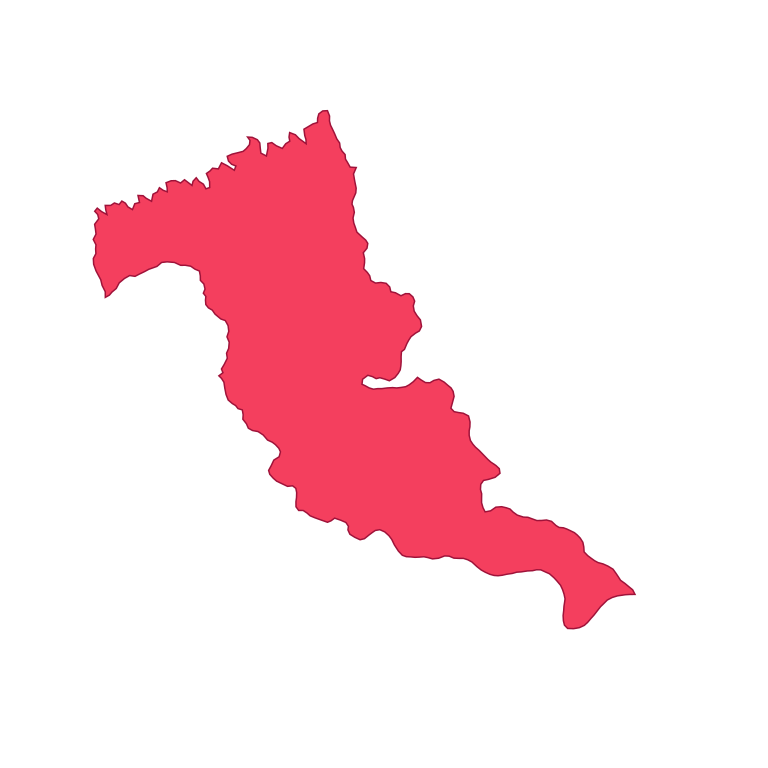 the district of Paineiras, Minas Gerais, Brazil, rotated 46°
{"feature_id": "56859067B75073626302376", "entity_name": "Paineiras", "entity_type": "district", "adm_level": 2, "iso_a3": "BRA", "parent_name": "Brazil", "parent_adm1": "Minas Gerais", "projection": "orthographic", "projection_center": [-45.479, -18.904], "detail": "fine", "context": "isolated", "style": "filled", "palette": "rose", "viewbox_px": 768, "rotation_deg": 46, "n_neighbors": 0, "source": "geoboundaries", "source_scale": "gbopen_adm2", "svg_char_len": 5397}
<svg xmlns="http://www.w3.org/2000/svg" viewBox="0 0 768 768"><g transform="rotate(46 384 384)"><path d="M709.7,349.6L704.8,348.1L700.6,348.6L695.1,349.2L689.5,350.2L686.0,349.5L681.7,348.7L676.3,347.9L670.6,349.4L665.6,351.4L661.1,354.1L657.3,355.3L652.8,356.1L649.0,356.7L643.8,356.7L639.9,353.4L636.0,350.9L631.2,349.9L626.9,349.9L623.2,350.3L619.1,351.8L615.4,353.2L612.1,354.8L608.8,357.7L605.3,358.6L599.2,358.9L594.7,361.6L591.6,365.5L588.4,368.9L584.1,371.0L579.8,373.1L576.7,376.1L570.9,379.2L565.9,380.1L561.5,380.2L558.0,382.0L554.0,384.6L550.3,389.1L549.3,395.4L546.2,400.1L541.7,398.7L537.2,396.3L534.1,393.3L530.8,390.0L526.9,387.9L523.4,384.1L522.5,379.4L525.2,375.1L528.3,368.9L528.8,362.6L525.0,359.9L520.4,360.1L514.4,361.4L510.4,361.7L506.7,361.7L503.0,361.7L498.0,361.7L492.9,362.1L489.0,361.9L484.7,361.1L480.1,358.4L476.8,355.2L474.5,352.0L471.1,348.5L465.7,345.4L460.1,347.3L456.2,350.3L452.6,352.8L447.9,352.7L445.3,348.3L441.6,342.2L437.3,339.4L433.4,338.5L429.3,339.0L424.5,339.4L418.7,341.1L416.1,345.6L415.0,350.1L411.8,353.2L406.8,354.5L402.5,355.3L402.7,361.3L402.1,366.4L401.0,370.3L398.5,373.9L395.7,377.6L392.6,380.3L389.1,384.4L385.8,388.8L382.9,391.8L380.4,395.2L376.5,397.4L372.3,398.7L368.9,400.0L365.7,396.1L366.5,389.6L370.6,387.2L374.7,385.9L376.6,382.6L381.3,379.9L385.4,377.9L386.9,371.7L386.2,366.3L385.1,362.5L382.6,359.2L379.8,356.1L376.3,352.8L372.9,349.0L373.3,345.2L370.8,339.4L369.6,335.6L368.7,331.7L369.3,326.1L370.4,321.7L368.7,317.0L363.2,313.3L357.8,312.8L352.6,311.7L348.2,308.7L345.7,304.4L341.4,302.7L336.6,303.1L333.9,305.8L332.3,310.5L326.3,312.4L322.4,315.0L318.2,312.5L313.1,312.5L308.8,315.7L305.5,320.0L300.4,321.6L296.2,319.1L292.2,318.5L286.9,318.5L283.3,313.8L280.4,310.9L275.2,307.7L274.5,301.9L271.6,298.0L267.8,297.2L263.1,297.6L255.9,298.0L251.6,295.9L247.2,293.9L243.1,291.0L239.9,286.1L235.7,283.3L232.4,282.1L230.2,279.3L228.5,275.3L226.9,271.5L223.8,268.0L217.7,264.1L211.7,260.0L209.0,253.6L204.5,257.7L199.1,256.3L195.5,255.5L191.9,252.6L187.3,252.4L183.5,251.3L179.8,248.5L174.9,247.7L169.5,245.6L164.2,243.8L160.7,242.7L156.9,240.5L153.4,237.0L148.1,234.8L145.0,238.4L144.4,243.2L146.7,247.1L149.7,250.2L147.5,254.5L146.2,260.0L145.1,264.6L150.2,268.4L153.9,270.3L157.1,273.1L148.5,274.6L143.2,274.6L137.6,277.2L140.4,280.8L143.9,283.1L142.9,287.8L143.9,293.5L137.8,296.0L132.4,297.0L130.3,300.5L133.8,303.7L138.3,310.2L132.4,312.2L128.3,309.1L124.3,305.9L120.3,305.4L115.1,307.4L111.6,310.6L115.7,311.2L118.4,314.5L119.0,319.5L118.8,323.7L116.2,328.3L113.1,333.6L111.3,338.6L115.6,341.0L120.0,341.0L124.3,339.1L126.3,343.2L117.9,345.2L112.0,347.2L114.2,353.7L109.7,357.4L109.9,361.2L109.2,365.5L113.4,367.1L117.3,368.9L121.6,372.9L119.9,376.5L114.8,375.1L109.8,376.3L105.2,375.8L105.5,380.5L107.8,384.2L98.5,385.6L98.1,390.7L92.8,392.8L89.9,396.0L87.8,401.0L92.2,403.7L95.2,406.4L91.3,408.3L86.8,409.2L88.4,413.6L87.0,418.3L91.1,424.3L85.1,426.1L81.2,426.5L77.5,430.0L83.6,433.8L81.2,438.0L83.8,443.8L78.7,445.2L74.3,444.4L70.3,445.5L70.9,449.9L66.5,452.2L65.7,456.5L61.9,460.5L65.5,463.2L69.7,465.6L63.8,467.4L58.3,468.1L58.8,472.1L63.2,472.2L67.0,474.4L68.1,481.2L72.0,483.9L76.1,487.0L78.0,492.7L83.8,494.5L86.5,497.6L90.1,500.7L91.8,505.9L96.2,509.7L102.7,512.6L107.6,514.0L112.2,515.3L117.3,518.3L124.0,520.4L128.1,524.3L129.3,519.8L128.9,515.7L129.3,510.3L127.3,504.2L127.8,497.4L129.3,491.6L133.6,488.3L135.0,483.6L136.8,478.2L138.1,473.5L139.8,469.8L141.7,465.6L142.1,459.5L145.5,455.1L151.0,450.3L157.4,447.8L160.5,444.5L165.0,441.2L170.1,440.2L174.5,438.3L178.6,441.0L181.9,444.1L186.9,444.1L191.4,446.8L193.2,450.9L197.2,451.3L199.7,454.2L203.1,457.0L207.3,457.4L211.6,456.2L216.3,457.0L220.2,456.6L223.9,456.2L228.1,454.1L233.7,455.6L238.3,459.1L241.0,464.2L246.4,466.3L250.5,471.0L252.5,475.9L256.6,478.8L258.9,485.3L260.3,490.5L264.0,492.0L263.4,497.1L267.1,497.0L271.5,497.9L276.4,501.4L281.8,504.9L287.3,507.2L292.7,506.7L296.4,505.7L300.3,506.1L304.2,503.9L308.3,506.7L311.3,510.0L317.1,510.6L321.6,512.3L326.1,510.9L330.8,507.6L336.8,506.3L343.4,506.7L348.3,504.8L352.2,504.2L357.2,504.3L360.9,505.6L363.5,510.0L362.2,516.1L364.4,521.9L366.0,527.0L369.6,528.9L374.9,529.1L379.4,528.7L385.0,526.6L390.6,524.5L393.7,520.5L397.8,519.9L401.5,522.3L404.9,525.8L407.5,529.1L411.2,532.6L415.7,533.2L418.8,530.0L423.4,529.0L427.5,528.7L432.3,526.6L438.8,523.4L444.2,520.7L445.6,517.2L446.2,512.7L451.8,509.8L457.1,507.6L461.6,508.4L463.9,511.3L468.4,512.9L474.0,511.5L479.4,509.4L481.7,505.5L482.2,499.6L482.7,495.7L483.3,492.0L485.9,488.2L490.9,486.2L496.5,485.8L501.2,486.4L507.0,488.3L514.2,489.7L519.9,489.8L523.7,487.9L526.8,485.0L530.2,482.1L533.1,478.8L536.0,475.3L539.5,472.9L543.5,470.6L547.3,465.7L549.8,459.8L553.1,456.7L557.8,454.7L561.3,451.4L564.6,448.0L568.7,445.8L573.1,444.4L579.9,444.0L585.2,443.3L589.8,441.9L594.5,440.0L598.2,437.8L601.1,435.2L603.7,431.8L606.2,427.7L609.4,423.3L611.6,419.2L614.4,415.9L618.1,410.7L621.5,406.8L623.6,403.3L626.6,400.3L631.5,398.4L635.4,396.8L641.4,396.3L645.5,396.4L651.4,396.8L656.0,398.4L660.3,400.5L664.3,403.0L666.6,405.9L668.8,408.8L671.7,412.0L675.0,416.0L678.9,419.4L682.8,421.7L687.4,421.7L691.7,417.6L695.0,412.7L696.8,407.5L696.9,402.8L696.4,398.1L696.1,393.5L695.2,387.3L694.6,382.9L694.6,379.0L694.5,373.4L696.1,368.1L698.6,363.2L701.0,359.9L703.2,356.8L706.2,353.3L709.7,349.6Z" fill="#f43f5e" stroke="#9f1239" stroke-width="1.5"/></g></svg>